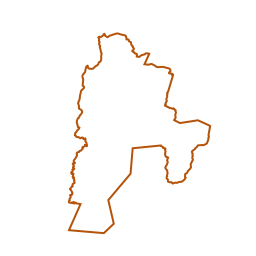 outline of Karimui/Nomane District, Chimbu, Papua New Guinea, rotated 77°
{"feature_id": "67681753B62109330711347", "entity_name": "Karimui/Nomane District", "entity_type": "district", "adm_level": 2, "iso_a3": "PNG", "parent_name": "Papua New Guinea", "parent_adm1": "Chimbu", "projection": "robinson", "projection_center": [144.808, -6.532], "detail": "fine", "context": "isolated", "style": "outline", "palette": "amber", "viewbox_px": 256, "rotation_deg": 77, "n_neighbors": 0, "source": "geoboundaries", "source_scale": "gbopen_adm2", "svg_char_len": 5811}
<svg xmlns="http://www.w3.org/2000/svg" viewBox="0 0 256 256"><g transform="rotate(77 128 128)"><path d="M59.8,90.1L60.3,90.9L60.3,91.3L59.4,93.0L59.3,93.9L59.5,94.4L60.0,95.1L60.1,98.5L60.9,100.1L61.2,101.2L61.2,101.5L60.7,102.2L60.4,103.3L59.9,103.4L59.0,102.9L57.9,102.8L57.6,103.2L56.7,104.7L55.9,104.7L55.1,105.5L54.7,106.2L54.2,106.5L53.8,106.5L53.5,106.1L53.3,105.4L52.4,104.5L52.1,104.4L51.5,104.5L50.6,105.1L50.1,105.1L49.5,104.9L48.4,105.8L46.9,106.0L45.5,105.9L44.9,106.0L44.2,107.0L43.6,107.5L42.4,107.4L42.1,107.6L41.7,108.1L41.6,108.4L41.6,109.0L41.3,109.5L40.9,109.5L40.1,109.2L39.4,109.4L38.0,109.4L37.7,109.5L37.1,110.1L35.3,113.8L33.7,116.4L33.4,117.6L33.4,118.8L33.9,124.3L34.0,125.4L34.7,126.8L34.8,127.5L34.7,127.9L32.9,129.5L31.5,129.5L31.0,130.0L31.2,130.6L31.8,130.9L32.3,131.5L32.6,132.5L33.1,133.2L33.2,134.1L32.6,135.3L32.7,135.8L33.1,136.5L33.7,136.4L35.0,136.0L36.2,136.7L37.0,136.7L37.7,136.4L38.2,136.4L39.3,137.2L39.8,137.3L40.7,137.2L41.4,136.7L41.8,136.7L42.8,137.3L44.7,137.1L45.1,137.2L46.9,137.2L48.0,137.3L49.1,136.9L50.1,137.2L51.8,137.9L55.6,138.8L56.4,139.4L57.1,140.2L57.4,141.4L57.6,141.7L59.2,142.7L59.6,143.1L60.0,143.9L60.2,144.9L61.0,146.7L61.7,147.6L62.3,148.8L62.3,149.5L62.2,150.1L61.8,150.9L61.7,151.9L61.4,152.5L60.5,153.3L60.0,153.4L58.6,153.2L58.2,153.6L59.0,154.9L60.3,155.7L63.8,157.2L64.9,158.7L66.0,160.0L67.1,160.7L68.0,160.9L69.6,160.8L71.0,160.8L76.2,162.6L76.5,162.6L77.0,162.3L77.5,161.8L77.9,161.6L79.0,161.9L79.5,162.4L80.8,164.8L81.6,165.6L83.9,166.5L85.0,167.2L89.1,168.7L90.1,169.4L90.6,170.0L91.7,170.3L92.1,170.6L92.6,171.1L94.5,170.9L96.4,170.9L97.4,171.4L97.9,171.4L98.5,171.0L99.6,169.7L100.0,169.4L101.5,168.9L102.3,169.1L104.0,170.6L105.0,172.2L106.6,173.2L106.9,173.5L107.0,174.2L107.3,174.6L109.2,176.1L111.2,176.7L112.9,176.5L115.8,176.6L116.1,176.4L116.3,175.7L116.7,175.3L117.3,175.7L118.3,176.7L118.8,177.9L120.3,179.3L120.7,180.2L120.9,180.5L122.0,180.7L122.5,181.2L123.1,181.4L124.0,180.6L125.0,180.3L125.5,179.5L125.8,178.2L127.2,176.8L127.2,176.2L126.9,175.3L127.0,174.6L127.3,174.2L127.5,174.0L128.4,174.0L128.8,173.7L128.8,173.2L128.5,172.2L128.9,171.9L129.4,171.9L130.0,172.2L130.3,172.1L131.0,172.5L131.4,172.5L132.8,171.9L135.8,171.8L136.2,172.0L136.4,172.3L136.0,172.7L135.1,173.1L135.0,173.3L134.9,173.6L135.7,173.6L135.9,173.8L136.3,175.6L136.3,176.4L136.6,176.8L137.4,176.6L137.8,176.6L138.1,176.9L138.4,177.6L139.4,178.7L139.4,180.1L139.7,180.5L140.2,180.9L140.4,182.7L140.7,183.4L141.2,183.6L141.9,183.6L142.5,183.9L143.4,183.9L145.2,185.6L145.9,186.1L146.6,187.2L147.5,188.2L148.4,188.4L149.1,188.2L149.7,187.7L150.2,187.7L150.2,188.4L150.1,189.4L150.9,190.0L151.4,189.8L151.9,189.3L152.3,189.2L153.0,189.3L153.7,190.3L154.2,190.5L154.5,190.3L155.2,189.6L155.7,189.6L156.0,189.9L155.8,191.0L156.0,191.5L157.2,191.4L157.7,191.8L158.3,193.1L158.9,193.4L159.3,193.4L160.1,193.1L160.2,192.7L159.8,192.2L159.9,191.8L160.2,191.5L160.5,191.5L163.1,192.9L163.3,192.9L163.7,192.5L164.1,191.7L164.3,191.7L164.6,192.0L164.8,192.6L165.0,192.6L165.4,192.1L166.5,192.2L166.8,192.0L167.1,192.0L167.6,192.5L169.2,192.3L169.5,192.5L169.8,193.2L169.8,193.7L170.1,194.4L171.0,194.8L171.6,195.3L172.3,195.0L172.6,195.4L172.9,196.3L173.4,197.1L174.2,198.1L174.7,198.3L175.3,197.6L175.9,197.5L176.6,197.2L178.0,197.0L179.1,196.7L179.6,197.4L180.0,197.4L180.4,197.6L180.5,198.0L180.3,199.3L180.5,199.5L180.9,199.6L181.4,199.2L182.9,199.6L183.8,200.8L184.5,201.1L185.2,201.0L185.8,201.9L186.6,202.2L187.4,202.1L187.7,201.2L188.2,200.3L188.0,199.6L188.6,199.2L188.8,198.7L188.6,198.5L188.1,198.3L187.9,198.0L188.0,197.4L188.3,197.1L188.6,197.1L188.9,197.7L189.2,197.7L189.4,197.4L189.5,196.8L189.1,196.3L189.0,195.8L190.1,194.8L190.5,193.5L191.5,191.4L214.3,208.5L225.0,175.2L218.1,163.4L193.8,163.4L173.1,135.8L148.8,128.0L152.4,100.0L153.1,99.9L153.8,98.8L154.3,98.3L155.3,98.3L155.7,97.8L155.9,96.8L156.3,96.3L156.9,96.2L157.5,96.8L158.2,96.9L159.4,96.7L160.4,97.3L161.2,97.4L161.9,97.9L163.1,97.7L164.3,97.7L165.8,95.6L166.1,95.6L166.7,96.3L168.4,97.2L170.0,96.9L170.9,97.3L171.7,97.9L172.3,98.2L173.2,99.2L175.1,100.6L176.2,100.4L178.1,99.4L181.4,99.7L182.1,100.3L183.1,100.7L183.9,100.7L184.4,101.3L185.1,101.6L185.7,101.6L186.5,101.3L186.9,100.8L187.8,100.8L188.9,101.1L189.2,101.0L189.5,100.8L190.1,99.8L190.5,98.9L190.5,98.1L190.6,97.8L191.0,97.5L191.8,97.3L192.2,96.8L191.9,95.1L191.9,94.1L192.5,92.4L192.1,90.7L192.1,90.0L192.3,89.5L192.3,88.2L192.4,87.5L191.1,84.8L189.3,83.0L188.8,83.4L188.2,83.4L185.7,82.6L185.5,81.7L184.9,80.4L184.2,79.8L183.6,79.6L182.3,77.7L182.1,77.2L181.7,76.6L180.5,75.5L180.0,75.3L179.3,75.4L177.2,75.0L173.6,71.9L171.5,72.1L170.9,71.9L170.2,71.3L169.4,71.1L168.5,71.3L167.3,70.7L166.8,71.0L165.6,71.1L165.0,70.7L163.5,67.5L162.7,66.7L162.2,65.5L161.7,64.8L160.9,64.2L160.7,63.7L160.8,62.7L161.2,60.5L161.1,60.0L161.6,59.0L161.6,57.5L161.0,55.1L160.6,54.5L159.9,54.2L159.0,53.3L158.2,53.0L157.2,52.2L155.8,52.0L155.3,51.4L154.5,51.1L153.9,51.2L153.5,51.0L152.8,51.1L144.6,47.5L143.3,48.9L136.2,58.2L134.9,76.2L130.8,81.2L130.3,81.0L129.5,79.9L128.4,79.2L125.6,79.0L124.1,77.9L123.3,77.8L122.3,78.0L121.6,77.6L121.3,77.7L120.6,78.4L120.1,78.5L119.1,79.3L119.2,79.7L119.4,79.9L119.3,80.2L118.5,81.3L117.9,82.8L117.1,83.8L116.7,84.1L116.5,84.7L115.4,85.6L115.1,86.3L114.6,86.5L114.4,86.9L114.0,86.8L113.4,85.9L112.6,86.0L112.4,85.7L111.5,85.3L110.8,84.3L110.3,84.1L108.6,84.2L105.9,82.6L104.7,82.6L103.8,81.9L103.3,82.0L102.9,81.8L102.6,81.9L102.2,81.6L101.7,80.8L86.8,72.3L86.6,73.0L86.3,73.2L86.0,73.1L85.5,72.5L85.0,72.9L84.3,75.1L84.0,75.5L83.7,75.7L83.2,75.5L82.2,73.9L81.8,73.7L80.8,73.7L80.1,73.9L79.2,74.7L76.5,79.7L76.0,81.6L75.6,84.6L75.1,86.0L74.3,87.0L73.2,87.8L71.3,90.1L71.0,90.6L70.8,91.1L71.0,93.3L70.6,94.8L69.6,97.6L59.8,90.1Z" fill="none" stroke="#b45309" stroke-width="2"/></g></svg>